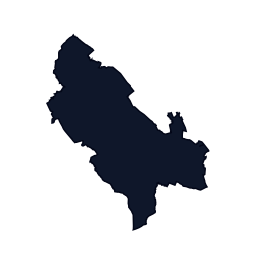 the district of Sanduleni, Bacau, Romania, rotated 80°
{"feature_id": "2599482B49550727652052", "entity_name": "Sanduleni", "entity_type": "district", "adm_level": 2, "iso_a3": "ROU", "parent_name": "Romania", "parent_adm1": "Bacau", "projection": "mercator", "projection_center": [26.744, 46.458], "detail": "fine", "context": "isolated", "style": "filled", "palette": "ink", "viewbox_px": 256, "rotation_deg": 80, "n_neighbors": 0, "source": "geoboundaries", "source_scale": "gbopen_adm2", "svg_char_len": 5839}
<svg xmlns="http://www.w3.org/2000/svg" viewBox="0 0 256 256"><g transform="rotate(80 128 128)"><path d="M58.5,191.1L60.8,191.7L61.1,191.6L61.8,190.4L64.0,189.6L64.8,188.9L65.2,189.1L65.3,189.9L65.5,189.9L66.0,189.7L66.2,189.3L66.8,189.1L66.7,188.9L67.3,188.7L67.7,188.2L69.0,188.2L69.8,187.7L71.6,187.4L72.1,187.6L72.1,186.2L74.8,185.2L75.9,183.6L76.4,183.3L76.5,184.4L78.9,186.7L79.7,186.8L80.3,187.4L79.9,187.9L80.1,188.5L80.6,188.9L80.5,189.9L79.8,191.1L79.7,191.7L81.3,192.2L81.7,194.5L82.4,193.8L83.4,194.1L83.8,194.6L84.3,196.3L84.8,196.4L85.1,196.1L85.3,196.1L86.1,196.7L85.3,197.5L84.9,197.5L84.7,197.9L84.7,198.2L84.8,198.5L85.2,198.5L85.8,198.2L87.4,200.2L87.3,200.4L87.7,200.4L88.8,201.3L89.6,203.5L97.8,201.3L98.8,199.5L99.3,199.5L100.6,200.7L101.1,200.8L101.1,200.5L101.2,200.4L102.3,200.5L105.1,199.4L106.1,201.2L109.9,202.0L109.9,200.9L109.4,199.9L107.5,199.0L106.8,198.0L106.5,197.0L106.6,194.8L110.0,194.1L114.8,192.4L117.6,191.7L120.1,190.5L128.8,185.5L128.7,185.3L130.4,184.7L133.1,183.0L132.9,182.2L133.1,181.1L132.5,175.5L132.8,174.8L133.2,174.6L135.2,175.1L135.7,175.3L136.0,176.1L136.4,176.3L137.2,176.4L137.7,175.7L137.8,175.0L136.9,172.6L138.2,171.3L139.2,171.1L139.1,170.5L141.1,167.9L143.2,166.2L142.8,165.8L143.0,165.5L144.6,164.3L148.6,162.5L149.5,164.2L149.4,165.7L150.6,169.4L154.1,170.8L154.2,171.2L155.0,171.2L154.8,170.5L155.3,170.0L156.4,169.5L156.2,169.1L159.6,167.1L160.3,167.1L160.2,167.4L161.9,166.6L162.5,167.1L162.5,167.6L164.1,167.7L165.6,166.1L167.4,165.6L169.6,164.6L170.6,163.5L171.3,163.4L172.9,162.3L174.5,162.0L176.3,160.4L176.7,159.5L180.1,154.9L181.5,154.5L182.5,153.8L183.2,154.1L184.3,153.1L184.8,153.4L185.2,153.2L185.8,152.3L186.2,152.0L188.4,152.0L189.3,149.3L189.5,148.0L190.6,146.0L191.2,144.2L192.2,143.7L194.6,141.0L196.2,140.2L197.7,139.8L202.3,140.8L205.1,140.7L206.0,141.0L210.8,138.7L211.5,138.7L214.3,137.9L225.6,139.6L228.4,140.2L229.1,140.5L228.8,138.2L228.0,134.5L227.1,131.9L226.2,130.2L225.9,129.4L226.0,128.1L225.8,126.9L225.4,126.6L224.2,127.0L223.7,126.5L223.0,126.7L222.6,126.3L221.7,126.3L221.4,125.8L219.5,124.7L219.3,124.2L218.9,124.0L218.2,122.7L216.8,118.1L216.3,117.0L215.9,116.6L216.0,116.2L215.7,115.9L214.8,115.6L213.7,115.7L213.3,116.0L212.6,115.8L212.3,116.0L211.8,115.5L210.3,115.4L207.9,114.0L206.8,114.2L206.6,113.8L206.2,114.0L205.9,113.7L203.3,113.5L203.0,114.0L202.3,114.0L201.7,113.6L199.2,114.4L198.4,113.7L197.3,113.6L196.8,112.8L195.9,112.2L194.8,112.0L194.2,112.2L193.5,112.2L193.2,111.4L192.1,111.5L191.5,111.2L191.4,110.9L190.8,110.7L190.2,109.7L189.7,109.3L187.3,108.9L187.3,108.1L187.0,107.5L187.2,107.4L187.9,107.8L188.4,107.3L188.1,106.9L188.5,106.7L188.3,106.1L188.8,105.8L188.9,105.3L189.4,104.9L190.0,104.8L190.2,104.4L189.8,103.4L190.6,102.6L190.7,102.4L190.4,101.7L190.5,101.5L191.1,101.6L191.4,101.9L191.5,101.6L191.2,101.4L191.1,100.7L191.7,100.7L191.9,100.2L192.4,99.7L189.2,97.0L192.4,91.7L189.2,89.6L190.5,87.4L192.0,86.2L192.6,85.1L193.3,84.4L194.7,83.8L195.0,83.2L195.8,80.8L197.7,77.5L198.1,75.7L199.0,73.9L199.2,71.8L200.8,69.2L201.5,67.7L201.6,67.2L200.0,62.0L199.7,60.4L197.9,61.1L194.9,61.8L193.3,61.7L189.4,62.2L187.2,62.1L187.4,61.8L187.4,61.2L187.1,60.5L181.4,59.0L180.7,59.2L180.5,60.1L180.1,60.2L178.7,60.4L178.6,59.9L177.4,59.9L177.4,60.4L176.2,60.8L174.0,59.5L172.8,59.0L172.3,58.0L171.6,57.5L171.7,57.0L170.1,56.1L169.7,56.1L170.0,57.2L169.7,57.8L169.1,58.3L167.9,57.7L166.8,56.6L166.1,56.4L165.0,54.2L164.7,52.6L164.1,52.5L156.8,56.4L157.7,57.0L158.0,57.8L158.1,58.7L157.9,59.6L158.5,60.2L158.4,60.3L157.8,59.6L158.0,59.1L157.9,57.9L157.3,56.7L156.7,56.5L154.6,57.7L153.1,60.4L155.1,61.9L154.9,62.6L155.9,63.2L155.8,63.8L155.2,65.0L151.5,68.1L150.4,69.4L150.1,70.9L149.3,73.0L148.4,74.4L147.6,76.4L143.4,75.6L139.9,74.5L141.3,71.3L137.6,71.6L129.9,73.6L129.3,72.8L127.6,73.4L127.0,73.3L126.5,73.7L127.0,74.1L127.0,74.5L126.6,75.2L124.8,75.9L124.4,75.4L123.9,75.5L123.5,75.3L123.6,75.6L123.2,75.8L122.7,74.8L122.2,74.8L121.9,75.0L122.3,75.3L122.7,76.4L123.2,76.3L123.2,76.5L121.3,76.9L121.3,77.4L122.7,77.2L123.5,77.4L125.4,79.6L125.5,81.2L125.2,81.7L120.5,82.7L120.7,83.4L120.5,85.7L122.8,86.0L122.7,86.7L122.8,86.7L123.1,86.2L123.8,86.1L124.5,85.2L125.7,84.7L126.3,84.7L126.8,84.0L127.6,83.8L128.0,82.9L128.8,82.9L128.7,83.2L129.1,83.3L129.2,82.8L129.5,82.9L129.7,83.7L130.2,83.2L130.7,83.0L131.2,83.5L131.4,84.0L131.8,85.8L132.2,85.9L132.2,86.4L132.3,86.5L138.8,86.2L138.8,86.6L139.1,86.6L139.9,86.1L140.1,86.2L140.6,91.5L140.5,92.7L139.3,94.5L137.6,95.5L137.0,96.6L135.9,97.2L135.3,99.2L131.2,100.4L130.3,99.8L129.5,100.6L129.0,100.7L128.8,100.9L128.7,101.5L128.3,102.0L125.8,103.2L124.0,105.0L117.5,110.0L113.8,113.8L108.4,117.8L108.2,119.3L106.6,120.0L101.3,121.4L98.8,122.7L98.7,122.5L97.2,123.4L96.5,122.1L96.1,122.3L92.6,116.0L87.6,118.7L86.8,118.5L83.1,121.1L73.1,126.0L65.5,132.4L65.2,134.3L64.5,136.5L64.5,137.2L65.2,139.1L63.7,140.1L63.4,140.9L63.5,142.3L63.2,143.6L64.4,144.2L63.5,146.4L62.5,145.3L60.6,143.9L59.4,143.5L58.9,143.6L57.5,145.9L58.0,146.1L58.3,146.6L58.1,147.2L57.4,147.6L55.3,150.6L55.1,151.2L55.4,151.4L55.1,151.7L54.9,151.5L54.6,152.1L54.3,152.0L55.2,153.1L55.0,153.4L54.0,153.4L52.6,154.0L52.5,154.4L52.4,154.0L51.9,154.4L51.7,153.8L51.1,154.3L50.2,154.5L50.1,154.8L49.4,154.8L45.5,148.5L44.0,149.3L43.0,150.3L42.5,151.0L41.6,151.5L41.3,152.1L39.2,154.1L38.6,155.2L36.4,157.2L36.7,157.4L36.5,157.6L35.1,158.3L34.7,158.8L33.4,159.7L32.5,160.7L31.3,161.5L31.2,161.8L30.1,162.2L29.6,163.3L29.5,164.3L28.9,164.3L29.1,164.7L29.0,164.8L28.8,164.7L28.2,165.3L26.9,165.8L28.2,167.1L29.0,169.6L30.8,172.6L31.6,173.6L32.5,174.2L33.8,176.7L36.0,179.3L37.7,179.4L38.6,179.2L39.1,179.8L40.4,182.3L40.8,182.6L41.9,183.1L47.0,184.0L48.1,184.7L49.2,186.8L49.2,187.5L49.7,187.8L50.7,188.1L51.4,188.0L55.9,189.4L57.3,189.2L58.5,191.1Z" fill="#0f172a" stroke="#020617" stroke-width="1.5"/></g></svg>